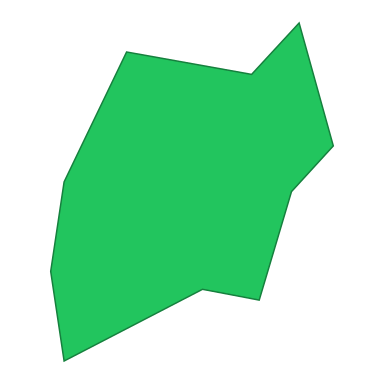 SVG path tracing the border of Anse Etoile
{"feature_id": "SYC-5200", "entity_name": "Anse Etoile", "entity_type": "state/province", "adm_level": 1, "iso_a3": "SYC", "parent_name": "Seychelles", "parent_adm1": "", "projection": "orthographic", "projection_center": [55.454, -4.588], "detail": "fine", "context": "isolated", "style": "filled", "palette": "green", "viewbox_px": 384, "rotation_deg": 0, "n_neighbors": 0, "source": "natural_earth", "source_scale": "10m", "svg_char_len": 257}
<svg xmlns="http://www.w3.org/2000/svg" viewBox="0 0 384 384"><path d="M299.1,23.0L333.3,145.9L291.5,191.6L259.2,300.1L202.5,289.3L64.1,361.0L50.7,271.4L64.1,181.9L126.6,52.0L251.6,74.4L299.1,23.0Z" fill="#22c55e" stroke="#15803d" stroke-width="1.5"/></svg>